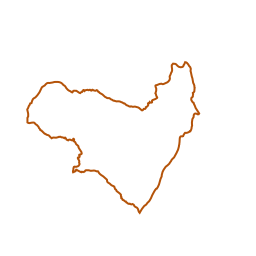 outline of Laga, Baucau, East Timor, rotated 150°
{"feature_id": "22284137B62238566078682", "entity_name": "Laga", "entity_type": "district", "adm_level": 2, "iso_a3": "TLS", "parent_name": "East Timor", "parent_adm1": "Baucau", "projection": "equal_earth", "projection_center": [126.658, -8.504], "detail": "fine", "context": "isolated", "style": "outline", "palette": "amber", "viewbox_px": 256, "rotation_deg": 150, "n_neighbors": 0, "source": "geoboundaries", "source_scale": "gbopen_adm2", "svg_char_len": 5904}
<svg xmlns="http://www.w3.org/2000/svg" viewBox="0 0 256 256"><g transform="rotate(150 128 128)"><path d="M212.3,183.1L211.8,182.2L210.9,181.5L208.8,180.8L207.3,180.1L206.6,179.5L206.3,178.7L206.2,177.8L205.8,176.8L205.3,175.9L205.2,175.0L204.9,174.1L205.1,172.4L204.8,171.2L205.0,170.4L205.0,170.1L204.8,169.7L204.2,169.2L204.1,168.2L203.8,167.8L203.7,166.8L203.4,166.3L203.3,165.4L202.9,164.5L202.4,164.2L202.0,163.0L201.0,162.0L200.4,161.3L200.2,160.9L199.9,159.5L199.7,158.4L199.3,157.8L199.2,157.3L198.3,157.3L197.5,157.1L195.0,155.5L192.7,154.9L192.2,154.9L191.9,154.7L191.7,154.5L191.0,154.3L190.8,154.1L190.3,153.2L189.2,152.5L188.2,151.0L187.8,151.2L187.3,151.2L187.1,150.9L187.0,148.6L186.0,147.2L185.6,147.3L185.1,147.4L184.1,147.0L182.6,145.2L182.1,145.0L181.6,145.1L180.8,146.0L180.5,145.9L180.4,145.6L180.4,145.2L180.6,144.6L181.5,143.8L181.4,143.3L180.8,142.2L180.8,141.6L181.0,140.5L180.9,139.7L180.1,137.4L180.1,136.9L180.5,136.1L180.6,135.0L180.5,133.2L180.4,131.2L180.4,130.3L180.9,129.0L181.2,128.8L182.1,128.8L183.4,129.2L183.9,129.0L183.9,127.8L184.9,126.9L185.2,126.9L185.7,127.4L186.2,127.4L186.5,127.1L186.7,125.8L186.6,124.8L186.7,124.0L187.1,123.1L187.7,122.4L187.9,121.1L188.4,120.6L189.6,120.0L190.5,119.9L192.3,120.3L193.7,121.3L194.4,121.3L195.4,120.4L196.0,119.4L197.0,118.4L197.5,117.7L197.7,117.1L197.0,116.9L196.4,117.2L196.0,117.2L195.2,116.8L194.4,117.2L193.8,117.8L193.6,117.7L193.3,117.5L193.2,117.0L191.0,113.6L190.6,113.1L190.1,113.3L189.8,113.2L189.4,112.8L189.0,112.3L188.5,112.3L188.0,112.0L187.3,112.0L186.1,112.5L185.4,112.4L184.9,112.0L183.7,111.4L182.8,110.7L181.5,109.4L180.6,109.1L179.8,108.6L178.9,108.3L177.9,107.5L176.8,106.1L175.7,105.6L175.6,105.1L175.6,103.4L175.3,102.1L174.8,100.8L173.6,98.4L172.1,93.8L172.7,92.3L172.8,91.4L172.5,90.6L171.6,88.9L171.1,87.1L170.5,86.0L169.7,85.0L169.5,84.3L169.2,84.1L169.7,81.6L169.6,81.2L169.2,80.6L169.2,80.2L169.4,79.1L167.9,75.5L167.5,73.9L167.7,73.4L168.2,72.6L168.2,71.5L168.9,70.9L168.8,70.3L168.5,70.0L168.4,69.6L168.6,68.6L168.5,68.3L167.8,67.7L167.5,66.5L167.1,65.8L166.6,65.4L166.7,64.6L166.6,64.2L166.3,64.0L165.7,62.4L165.0,61.7L164.3,61.6L163.9,60.8L163.2,60.1L162.1,59.9L161.4,58.6L161.5,57.3L161.2,56.3L160.8,55.5L160.4,55.1L160.0,54.2L159.9,52.5L160.4,51.0L160.3,50.5L160.5,49.8L160.3,48.7L159.5,49.2L156.5,50.9L153.1,52.3L152.3,52.5L151.9,52.4L150.5,52.6L148.5,53.5L146.7,53.9L145.5,54.4L143.1,55.8L140.6,57.7L137.2,59.8L135.2,60.9L134.9,60.9L134.1,61.3L133.7,61.3L133.4,61.1L131.8,61.9L129.4,63.6L125.2,67.7L123.1,69.2L122.2,70.5L120.0,72.7L117.9,74.1L114.7,75.6L112.4,75.9L109.9,76.5L109.2,77.0L107.3,77.8L106.1,78.6L104.9,79.0L102.8,79.5L98.2,82.3L97.4,82.9L95.5,84.2L93.2,86.5L92.4,87.6L91.8,88.1L91.0,89.3L90.5,89.9L88.6,92.8L87.9,93.7L87.2,94.2L86.9,94.3L86.2,94.3L85.0,93.5L84.3,93.4L83.3,94.2L81.8,95.0L81.0,95.3L79.7,94.5L78.6,94.2L76.3,94.0L76.3,94.3L76.0,94.4L75.8,94.1L75.5,94.1L74.2,94.9L72.9,96.2L72.5,96.9L71.3,98.0L70.8,99.1L69.9,100.8L67.8,103.5L65.7,104.7L64.7,106.2L64.2,106.6L63.7,106.9L63.0,107.0L62.5,106.9L61.5,106.1L60.7,104.9L59.9,104.6L59.1,105.0L59.4,111.6L59.1,113.3L58.9,114.5L59.0,115.1L58.8,116.1L58.6,116.7L58.6,117.2L59.1,117.8L59.2,120.0L59.1,120.8L58.7,121.6L57.8,122.5L56.8,122.5L56.0,123.0L55.4,124.0L54.6,124.8L54.5,125.6L54.3,126.0L53.1,126.1L52.2,126.6L50.6,129.0L50.1,129.5L50.1,130.1L49.4,131.4L49.1,132.7L49.0,134.2L48.9,134.7L47.4,138.8L47.0,140.7L45.5,145.3L45.4,146.0L44.2,147.6L43.9,148.2L43.8,149.2L43.7,149.6L44.1,151.5L44.0,152.9L44.2,153.7L44.4,154.8L44.7,155.6L45.4,156.1L45.6,156.4L47.8,154.8L48.1,154.8L48.6,154.5L48.9,154.1L49.6,153.7L50.5,153.7L51.6,154.1L52.2,154.4L53.4,155.6L54.0,157.0L54.4,158.7L54.7,159.5L55.0,159.9L56.8,161.2L58.7,160.5L59.5,159.1L60.2,157.3L61.0,155.8L62.1,154.7L62.7,154.5L64.6,152.9L66.1,151.9L67.1,149.7L68.1,148.8L69.8,148.1L71.1,147.9L75.1,148.3L75.9,148.5L76.5,149.1L77.1,149.8L77.6,149.9L78.2,150.2L79.0,150.4L81.3,150.7L82.7,151.1L83.0,151.0L83.3,150.5L83.6,149.5L83.8,148.1L84.0,147.7L84.8,146.4L85.7,145.4L86.3,145.0L86.5,144.6L87.0,144.2L86.9,143.4L87.0,143.0L87.4,141.9L87.4,140.3L87.5,139.7L87.8,139.5L89.7,139.4L92.9,139.9L93.6,139.6L94.1,138.5L94.4,138.2L94.8,138.2L95.3,138.4L96.0,139.1L96.2,139.6L96.9,138.9L97.3,138.9L97.7,139.4L98.4,139.3L99.0,137.8L100.3,137.1L101.0,137.0L102.1,137.1L102.3,136.7L102.6,136.4L103.5,136.0L104.2,136.3L104.5,136.6L104.8,136.7L106.2,136.1L106.7,136.1L107.1,136.3L107.5,137.2L108.2,139.2L108.4,139.9L108.6,140.1L108.9,140.7L111.3,143.1L113.2,143.9L114.6,145.3L115.2,145.3L116.0,145.9L117.2,147.8L117.9,148.5L118.7,151.0L119.4,151.4L120.1,152.9L120.7,153.5L121.7,154.9L122.5,155.6L124.8,156.9L125.3,157.5L125.9,158.0L126.2,158.5L127.0,159.0L127.6,160.3L128.4,161.3L129.1,163.0L129.4,163.3L130.9,164.2L131.2,164.5L131.3,164.9L132.3,166.4L133.4,169.9L135.0,172.6L135.1,173.6L135.6,174.1L135.7,174.8L135.7,175.8L136.0,176.2L136.3,176.5L137.3,176.4L137.8,176.7L138.8,177.6L139.5,178.8L139.8,179.0L140.2,179.0L140.8,178.6L141.3,178.9L141.7,180.0L142.2,180.3L142.9,180.3L143.1,180.4L143.5,180.6L143.8,181.2L144.2,181.4L146.3,182.1L147.0,181.8L147.1,182.7L147.4,183.1L147.7,183.2L147.9,183.1L148.3,182.7L148.7,182.5L149.4,182.6L149.7,182.2L150.8,182.4L151.4,182.3L151.9,182.1L152.5,182.7L154.1,186.0L155.8,187.1L156.7,187.5L157.2,187.3L157.7,186.9L158.5,186.7L159.1,187.5L159.3,188.3L160.5,190.0L161.0,191.1L161.5,193.4L161.5,194.9L161.7,196.1L162.0,196.8L162.4,197.3L162.7,198.9L163.2,200.3L163.9,201.3L164.4,201.9L165.6,202.9L168.2,204.4L168.9,204.7L170.5,205.1L173.4,206.2L174.9,207.1L175.7,207.3L177.5,207.0L178.7,206.5L181.7,206.4L182.4,206.2L186.8,203.2L188.3,202.5L190.3,201.6L192.9,200.8L194.1,200.8L194.7,200.8L196.0,200.5L197.5,199.4L199.2,197.8L200.4,198.2L200.8,197.9L202.1,196.9L202.8,196.7L204.6,195.2L205.9,194.5L206.1,194.2L207.0,191.2L207.4,190.1L208.5,188.2L208.7,187.9L210.0,187.1L212.3,183.1Z" fill="none" stroke="#b45309" stroke-width="2"/></g></svg>